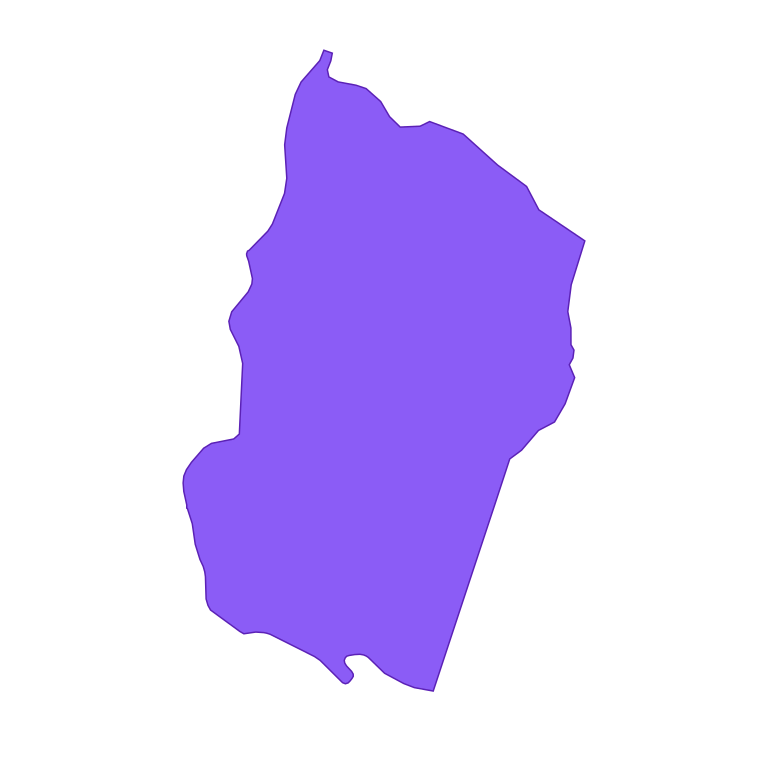 Mali, Robinson projection, rotated 289°
{"feature_id": "GIN-5652", "entity_name": "Mali", "entity_type": "Prefecture", "adm_level": 1, "iso_a3": "GIN", "parent_name": "Guinea", "parent_adm1": "", "projection": "robinson", "projection_center": [-12.225, 12.042], "detail": "fine", "context": "isolated", "style": "filled", "palette": "violet", "viewbox_px": 768, "rotation_deg": 289, "n_neighbors": 0, "source": "natural_earth", "source_scale": "10m", "svg_char_len": 1484}
<svg xmlns="http://www.w3.org/2000/svg" viewBox="0 0 768 768"><g transform="rotate(289 384 384)"><path d="M629.0,205.8L642.6,207.3L668.9,218.0L680.0,218.5L680.0,227.4L672.3,228.5L662.7,228.1L656.4,231.9L654.7,242.2L657.4,260.3L657.5,270.9L650.0,288.9L638.6,302.2L632.2,315.7L639.5,334.2L647.0,341.7L646.1,377.5L628.0,420.1L617.2,454.5L599.1,473.7L589.5,509.5L584.7,527.3L538.8,528.7L512.3,534.2L497.8,542.5L482.0,548.0L477.9,552.6L470.1,554.2L462.5,552.9L452.1,562.2L424.2,561.7L403.6,557.6L390.4,545.2L366.2,535.6L354.1,527.3L307.1,528.0L233.5,528.9L109.7,530.5L106.8,511.5L107.2,500.2L110.7,478.7L120.4,458.1L121.0,455.8L121.2,452.9L120.6,449.2L118.6,444.3L115.9,439.3L114.5,437.4L112.5,436.5L109.7,436.4L107.3,437.8L105.2,440.4L101.7,447.0L99.7,449.3L97.6,450.1L95.5,449.7L92.4,448.7L89.7,447.4L88.0,445.1L88.1,442.1L101.9,413.6L103.7,407.0L110.3,357.7L110.2,354.2L109.8,351.3L107.7,343.5L102.2,332.8L103.1,328.2L113.8,293.6L117.3,289.7L122.8,285.8L143.7,277.9L148.0,275.7L152.6,272.5L158.2,267.1L171.0,257.7L189.5,248.2L202.2,238.7L202.4,237.9L205.4,236.9L217.2,229.7L225.0,226.3L231.8,224.7L238.7,225.1L247.2,227.4L264.6,234.4L271.7,240.2L283.1,259.8L289.6,263.5L357.4,243.7L372.3,234.5L385.6,220.9L392.8,216.9L402.7,216.5L426.9,225.6L435.5,226.5L440.8,225.3L456.1,216.0L460.5,212.5L462.3,211.7L465.1,211.7L465.8,212.2L466.4,212.9L490.7,224.4L498.9,226.4L531.8,227.9L546.9,225.1L577.8,212.2L594.5,208.7L629.0,205.8Z" fill="#8b5cf6" stroke="#5b21b6" stroke-width="1.5"/></g></svg>